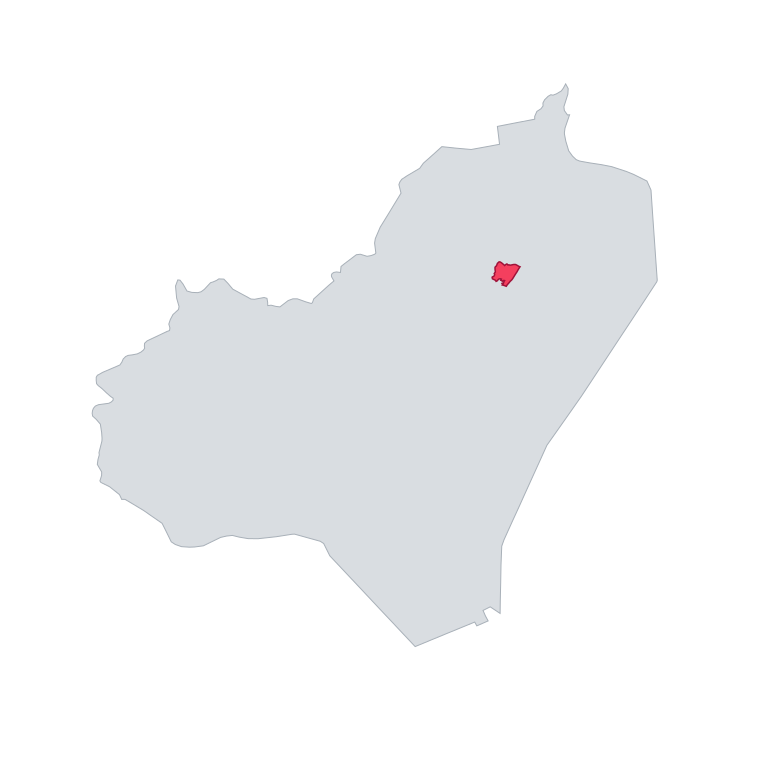 Al-Samawa, Al-Muthannia, Iraq shown in context, rotated 260°
{"feature_id": "34846034B29652817116796", "entity_name": "Al-Samawa", "entity_type": "district", "adm_level": 2, "iso_a3": "IRQ", "parent_name": "Iraq", "parent_adm1": "Al-Muthannia", "projection": "equal_earth", "projection_center": [45.309, 31.221], "detail": "fine", "context": "in_parent", "style": "filled", "palette": "rose", "viewbox_px": 768, "rotation_deg": 260, "n_neighbors": 0, "source": "geoboundaries", "source_scale": "gbopen_adm2", "svg_char_len": 4149}
<svg xmlns="http://www.w3.org/2000/svg" viewBox="0 0 768 768"><g transform="rotate(260 384 384)"><path d="M315.8,105.7L321.0,104.3L330.5,95.9L336.2,88.1L337.9,87.4L342.9,90.0L346.4,90.7L354.6,87.7L359.5,89.3L363.6,91.3L365.9,91.4L376.8,96.3L379.6,96.9L385.2,97.5L393.7,97.7L399.1,94.5L403.0,91.5L405.7,91.5L408.3,92.3L410.5,93.6L412.4,95.9L413.2,99.2L412.8,109.7L413.7,112.4L415.1,114.4L417.0,114.8L419.3,112.5L423.4,109.2L428.3,105.6L432.0,102.3L434.2,101.0L437.5,101.2L440.7,101.8L442.5,103.4L442.5,103.9L444.3,108.8L448.6,127.2L451.0,129.6L453.9,131.5L455.9,134.3L456.6,137.0L456.4,141.3L456.5,146.3L457.6,150.1L459.2,153.0L460.8,154.5L463.0,154.6L465.7,155.3L467.6,158.2L473.4,179.3L473.9,182.1L476.4,182.9L480.4,182.5L484.5,184.7L489.0,188.2L493.1,194.6L495.9,195.6L504.7,194.7L516.7,195.7L522.3,199.0L521.7,201.1L517.4,203.4L509.8,206.1L507.6,210.6L506.3,216.5L506.6,219.9L508.4,223.5L513.9,230.8L514.2,233.4L515.1,237.1L516.2,239.6L515.1,244.5L510.2,247.8L503.7,251.5L490.8,267.7L489.9,271.2L490.0,280.9L488.7,283.6L484.6,283.6L481.4,283.1L481.2,286.5L479.2,291.0L478.0,294.9L482.8,304.1L483.7,309.0L482.9,313.5L478.5,321.2L475.9,326.4L476.5,327.6L480.0,329.6L490.7,346.6L494.2,352.6L498.7,351.0L500.4,351.1L501.8,352.1L502.6,354.1L502.6,356.7L501.4,360.5L507.2,362.1L509.3,365.9L516.1,379.2L515.9,383.2L512.7,389.5L512.7,393.6L513.4,397.4L514.4,398.7L524.4,399.2L528.7,400.7L539.1,407.5L550.9,418.0L560.7,426.6L569.0,433.9L577.8,433.3L580.2,434.7L582.5,437.0L585.1,443.0L590.2,456.6L594.6,461.1L601.3,472.0L607.7,482.2L603.7,496.1L599.8,510.6L599.9,529.4L600.0,539.4L608.5,539.9L618.0,540.4L618.2,552.4L618.4,564.5L618.6,578.4L621.4,578.9L625.9,581.9L627.8,586.4L630.2,588.9L633.1,589.3L636.0,591.5L638.8,595.5L639.9,598.5L639.1,600.6L639.8,604.2L641.8,609.5L644.2,612.0L648.0,615.0L642.9,616.7L637.5,615.4L625.8,609.3L622.0,609.1L617.1,611.4L616.9,613.5L604.6,606.7L600.2,605.3L598.6,605.1L591.6,605.2L581.5,606.4L575.7,609.2L571.6,612.2L569.8,615.0L569.1,616.6L566.0,625.1L562.3,636.1L558.5,646.0L551.1,659.8L547.0,666.3L538.2,678.2L528.6,680.6L506.3,678.2L481.6,675.6L457.0,673.0L438.7,671.1L437.3,670.4L419.2,653.4L405.0,640.0L387.3,623.2L369.2,606.1L350.9,588.8L337.6,576.2L321.5,560.1L306.9,545.4L295.4,533.8L280.6,523.7L269.1,515.8L252.3,504.3L238.8,495.1L227.4,487.2L209.7,475.1L203.9,471.8L185.5,467.8L168.0,464.4L150.0,460.8L137.9,458.5L146.1,449.9L143.8,442.2L138.0,443.6L132.6,445.4L129.7,433.4L133.8,432.0L130.4,416.4L126.9,400.3L123.5,384.9L120.0,369.1L135.5,358.9L147.0,351.4L163.1,340.8L178.7,330.6L193.4,321.0L209.7,310.3L224.2,300.8L237.4,296.9L240.2,293.9L246.4,280.9L251.7,269.8L252.0,267.2L252.3,251.6L253.5,233.2L255.3,223.4L258.4,214.7L261.2,208.4L261.6,202.5L261.3,196.5L258.7,187.4L256.0,178.0L256.4,168.9L257.1,164.0L259.0,156.3L262.2,150.6L265.5,147.1L277.9,143.5L285.3,141.3L295.2,131.3L301.1,125.4L309.3,116.0L315.3,109.0L315.8,106.7L315.8,105.7Z" fill="#d9dde1" stroke="#a8b0b8" stroke-width="1"/><path d="M482.9,516.5L482.4,516.2L481.7,515.8L480.8,515.2L480.4,514.5L479.9,513.8L479.0,513.4L478.0,513.4L477.3,513.2L476.1,513.2L475.0,513.1L474.2,512.3L473.6,511.7L472.7,512.0L472.2,511.8L471.5,511.4L470.9,510.6L470.8,509.8L470.4,509.0L469.6,509.1L468.9,509.0L468.4,509.5L468.0,510.1L467.5,510.8L466.9,511.6L466.2,512.0L465.6,512.2L465.7,512.6L465.9,513.0L466.0,513.6L466.8,514.3L467.5,515.6L467.4,516.9L467.2,517.4L466.9,517.8L466.4,517.3L465.9,517.0L465.7,517.5L465.0,518.1L464.6,518.4L465.1,519.5L465.2,520.0L464.9,520.7L464.3,520.2L463.7,519.8L463.3,519.6L462.8,519.2L462.7,518.4L462.6,517.6L462.0,517.8L462.0,518.4L461.8,518.7L461.3,518.3L460.9,517.8L460.6,518.5L460.4,518.9L459.8,520.1L459.2,521.0L459.0,521.4L460.4,522.7L461.7,524.4L463.1,526.0L464.5,528.1L465.7,529.3L467.3,530.7L469.1,532.3L470.7,533.8L471.2,534.3L473.2,535.9L475.2,537.7L475.8,538.3L475.9,538.1L476.6,537.1L477.7,535.8L478.8,534.4L479.1,533.0L479.2,532.0L479.1,530.5L479.1,528.8L479.7,527.7L479.6,526.8L480.9,525.9L480.5,524.6L479.7,523.4L480.8,522.6L482.0,521.6L482.7,521.0L483.2,520.6L483.4,520.2L483.6,519.9L484.1,519.5L484.3,518.5L483.7,517.6L483.2,516.7L482.9,516.5Z" fill="#f43f5e" stroke="#9f1239" stroke-width="1.5"/></g></svg>